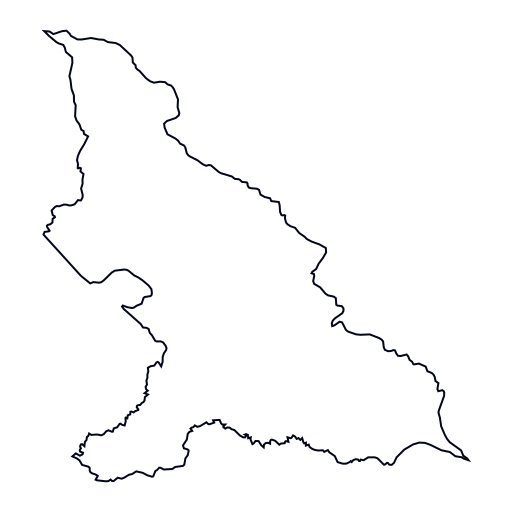 outline of Haut-Mbomou
{"feature_id": "CAF-867", "entity_name": "Haut-Mbomou", "entity_type": "Prefecture", "adm_level": 1, "iso_a3": "CAF", "parent_name": "Central African Republic", "parent_adm1": "", "projection": "albers", "projection_center": [25.352, 6.594], "detail": "fine", "context": "isolated", "style": "outline", "palette": "ink", "viewbox_px": 512, "rotation_deg": 0, "n_neighbors": 0, "source": "natural_earth", "source_scale": "10m", "svg_char_len": 5971}
<svg xmlns="http://www.w3.org/2000/svg" viewBox="0 0 512 512"><path d="M44.2,31.1L49.5,31.5L53.4,34.1L61.9,31.2L66.5,30.7L69.7,33.8L70.9,35.9L77.4,39.4L81.6,39.5L91.0,38.0L98.4,39.4L103.7,39.8L107.9,42.1L115.6,43.0L119.8,45.0L131.2,55.6L132.5,57.7L132.8,62.5L135.6,65.3L135.8,67.7L137.5,69.6L139.6,71.0L146.0,78.2L150.0,81.2L154.0,82.7L160.0,81.7L165.2,82.2L167.6,84.4L171.0,85.5L172.7,87.2L174.0,89.3L178.0,99.4L177.6,107.2L179.3,113.0L178.7,115.4L175.7,118.0L166.9,121.0L164.1,123.7L164.6,127.6L167.5,134.3L175.4,138.5L178.0,140.6L180.1,143.6L184.2,145.6L185.3,147.5L186.8,153.3L188.3,155.3L190.0,156.5L197.5,160.3L202.7,164.2L206.2,165.8L208.7,165.0L210.9,165.3L218.9,172.1L221.0,173.2L231.7,176.4L234.9,178.9L238.6,179.2L239.9,179.8L242.0,181.9L246.8,182.4L247.5,183.5L247.6,185.3L248.8,187.5L250.8,188.2L256.8,188.7L259.0,189.8L260.5,194.6L264.7,197.0L270.1,198.3L271.3,201.1L278.8,202.0L279.6,205.0L280.1,212.0L281.4,215.0L282.1,215.4L284.6,215.1L285.2,215.6L284.9,218.0L285.7,221.2L286.2,222.7L287.5,224.3L290.5,226.2L295.1,227.8L299.2,233.0L304.7,236.8L306.9,239.1L311.5,241.5L319.4,244.4L325.8,248.0L326.1,252.5L322.9,258.0L318.7,263.6L316.1,269.1L312.4,271.7L311.5,273.3L314.0,274.1L314.2,276.1L313.2,281.0L314.1,283.8L320.2,287.4L325.6,293.8L328.1,295.4L333.7,296.6L335.8,298.1L336.3,304.8L337.5,305.6L341.7,306.1L343.4,308.2L343.5,310.7L342.3,313.2L335.0,318.3L332.8,320.6L331.8,323.2L332.2,326.1L334.3,325.4L339.7,321.7L342.1,322.4L346.0,330.0L348.1,331.6L355.9,334.3L360.2,334.8L369.7,334.4L379.2,338.1L381.6,339.6L383.1,341.4L383.8,347.4L384.9,349.8L388.0,351.2L391.1,351.0L393.4,350.1L395.0,350.4L396.3,353.5L398.0,355.8L400.8,356.0L406.6,354.5L408.0,356.0L409.6,359.9L412.1,361.7L413.1,363.8L414.0,364.4L418.9,363.6L425.7,366.6L427.4,371.2L432.0,373.1L433.6,374.8L434.7,376.9L435.5,381.0L438.4,383.1L437.4,389.0L438.3,391.2L442.3,390.2L443.6,391.1L444.2,392.2L444.1,395.9L438.8,410.6L438.5,412.6L439.9,417.7L441.2,426.4L444.8,434.8L447.0,438.8L449.7,442.2L461.1,450.4L463.3,455.7L467.2,458.4L468.5,460.2L463.7,458.6L461.8,457.3L455.3,456.2L449.8,452.0L441.5,450.3L430.5,444.9L425.0,442.9L419.3,442.6L413.1,444.4L404.3,449.6L396.6,457.3L394.0,462.8L391.7,464.9L389.3,464.7L388.0,463.1L387.1,462.8L384.8,464.6L383.9,464.7L377.4,458.2L374.6,457.3L368.2,457.3L363.7,460.2L360.7,459.6L359.9,461.0L359.1,461.0L358.0,459.5L355.7,459.2L353.3,460.1L351.7,462.0L350.8,461.1L349.8,462.0L346.4,463.6L342.9,463.7L337.6,462.1L334.8,456.1L329.2,452.2L327.9,450.1L324.2,451.9L322.9,450.3L318.1,450.5L314.7,449.9L312.1,448.8L309.6,447.0L308.7,444.6L305.9,445.6L305.9,442.7L304.2,443.4L303.4,442.3L302.2,438.1L300.3,439.9L298.5,438.1L296.7,438.9L294.9,436.4L293.0,435.4L291.6,437.7L290.7,438.2L287.5,437.3L288.4,441.8L286.0,441.1L285.1,441.7L284.7,443.2L280.7,443.6L279.3,444.7L275.2,440.8L271.9,439.6L270.7,440.1L270.1,441.4L270.1,443.7L268.1,442.8L265.7,443.1L264.0,444.6L263.7,447.4L261.3,445.3L258.6,441.1L255.5,441.0L253.7,443.4L252.4,444.1L250.4,439.2L250.8,437.4L248.2,438.2L247.9,434.9L246.0,434.1L244.8,434.6L246.4,435.5L245.1,437.3L243.3,437.4L239.9,435.5L234.3,430.0L231.4,429.1L229.6,427.6L227.2,427.5L225.3,428.6L223.4,427.2L223.4,426.4L225.2,424.5L222.2,424.5L221.1,423.4L219.6,419.9L213.1,420.3L214.2,422.6L209.4,424.3L208.2,424.0L206.4,422.3L200.1,426.1L197.2,426.8L194.8,425.4L193.4,427.1L191.5,427.7L190.5,428.5L192.2,430.9L189.5,431.8L187.8,433.7L186.8,439.6L183.0,445.4L183.9,448.3L187.5,449.4L188.5,450.2L188.6,451.2L187.7,455.3L185.4,458.4L184.3,464.6L183.0,465.9L175.1,467.0L172.3,469.0L163.8,469.5L160.6,467.8L159.2,467.7L157.1,470.0L155.4,471.0L153.2,476.4L152.0,476.7L147.3,475.3L142.7,472.8L136.2,471.4L132.1,474.1L129.1,474.7L124.2,477.7L121.6,478.7L117.7,477.7L113.7,481.0L112.2,481.1L110.6,479.6L108.4,481.1L105.8,481.3L96.9,480.3L95.6,479.7L97.8,475.9L95.9,474.6L92.0,473.3L90.4,472.2L89.7,470.6L89.7,467.9L88.5,466.7L82.1,464.9L79.4,460.3L76.8,458.4L72.4,456.4L75.8,453.4L79.9,455.7L82.6,454.3L83.0,452.7L80.1,451.6L79.9,450.9L79.8,449.9L80.9,448.4L80.1,446.6L80.3,445.7L80.9,444.4L82.1,444.2L84.4,446.2L84.9,441.9L86.5,440.0L86.9,437.1L88.3,435.9L89.1,433.5L91.3,434.9L97.1,434.5L101.2,435.3L103.7,434.2L106.3,431.2L108.5,430.3L111.8,431.7L112.8,431.7L113.8,428.4L117.2,427.3L119.6,423.9L120.6,423.7L122.0,424.8L124.6,425.5L125.7,421.4L125.5,418.0L125.8,417.6L127.3,418.3L127.8,415.3L130.2,414.4L130.4,411.8L131.4,411.5L133.7,412.4L135.2,411.1L138.2,410.1L138.3,409.2L136.8,407.4L136.9,405.9L137.9,405.2L140.3,404.9L141.6,403.1L143.3,402.2L144.5,400.6L144.9,397.1L148.0,394.5L144.6,393.2L147.7,390.7L146.2,389.3L145.6,386.9L147.0,384.5L146.4,380.7L147.4,377.8L147.4,374.4L148.3,371.5L147.9,367.8L150.7,366.2L154.3,365.6L156.5,362.4L157.7,361.9L158.7,362.5L161.2,366.4L162.6,361.9L162.7,357.0L163.8,353.5L166.2,349.9L166.5,348.0L165.7,345.9L163.1,342.4L160.7,341.4L156.4,341.4L155.2,340.8L152.0,335.3L149.8,332.9L148.6,328.9L146.4,327.8L143.0,327.5L140.8,324.1L123.7,308.9L122.0,306.5L122.8,305.5L127.3,307.2L132.0,308.0L133.9,307.6L136.7,305.7L141.6,303.7L143.6,297.8L144.8,297.0L150.5,296.1L151.5,295.1L151.9,293.1L151.4,289.1L148.6,285.5L142.5,280.3L137.7,277.1L134.3,275.5L128.6,270.8L126.9,269.9L124.3,269.5L114.7,270.7L111.7,272.6L103.6,280.5L101.2,282.2L99.2,282.7L93.3,282.1L90.2,283.4L80.9,275.8L43.5,234.6L44.6,231.9L49.0,231.3L49.6,230.8L47.0,226.8L46.9,225.7L48.0,224.8L50.3,224.3L52.4,222.5L52.7,218.7L54.9,217.3L54.8,216.4L52.7,215.0L51.6,210.5L54.8,207.1L56.9,206.0L59.2,206.3L63.8,204.6L66.7,204.7L69.3,205.5L71.5,205.3L74.6,204.3L78.0,200.1L80.7,200.5L81.3,199.9L82.6,197.2L82.7,195.1L81.1,188.5L82.6,183.8L82.5,179.5L83.5,174.0L80.5,171.5L80.9,168.3L79.9,167.8L78.1,168.4L77.7,168.1L78.0,163.8L77.0,160.2L77.9,156.0L80.1,150.9L84.1,144.4L88.1,136.4L84.0,133.9L83.6,131.1L81.3,129.7L79.5,124.5L76.5,120.4L75.1,116.3L75.7,105.2L74.0,101.7L73.9,95.4L71.5,88.8L70.5,80.2L69.4,76.2L72.4,62.8L72.1,57.3L65.9,52.0L64.8,47.7L63.3,44.9L58.6,43.4L56.4,42.1L49.2,36.1L44.2,31.1Z" fill="none" stroke="#020617" stroke-width="2"/></svg>